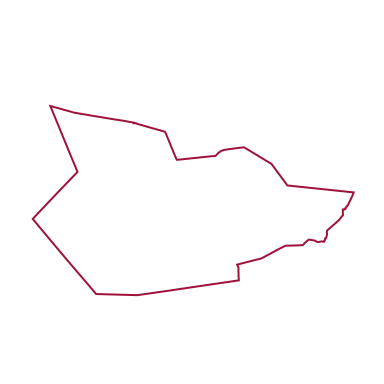 Tydal nor, Sør-Trøndelag, Norway, rotated 175°
{"feature_id": "86288312B83613644252663", "entity_name": "Tydal nor", "entity_type": "district", "adm_level": 2, "iso_a3": "NOR", "parent_name": "Norway", "parent_adm1": "Sør-Trøndelag", "projection": "natural_earth1", "projection_center": [11.479, 62.971], "detail": "fine", "context": "isolated", "style": "outline", "palette": "rose", "viewbox_px": 384, "rotation_deg": 175, "n_neighbors": 0, "source": "geoboundaries", "source_scale": "gbopen_adm2", "svg_char_len": 3111}
<svg xmlns="http://www.w3.org/2000/svg" viewBox="0 0 384 384"><g transform="rotate(175 192 192)"><path d="M296.4,98.7L255.4,94.0L229.4,95.4L204.3,96.9L178.5,98.4L153.0,99.9L153.0,101.3L153.0,103.1L152.9,104.6L152.7,107.1L152.7,108.6L152.5,110.1L152.3,112.5L152.6,113.7L153.4,115.7L147.0,116.8L135.4,118.7L128.8,119.7L127.6,120.2L122.8,122.3L120.4,123.3L116.3,125.1L113.2,126.4L110.4,127.6L106.7,129.1L103.9,130.3L103.3,130.3L94.3,129.8L93.0,129.7L86.3,129.4L84.8,130.7L83.9,131.6L83.6,131.8L83.4,131.9L82.8,132.3L81.6,133.2L81.4,133.3L80.5,133.9L79.6,134.4L75.8,133.4L75.6,133.4L74.6,133.1L73.5,132.7L73.3,132.5L73.1,132.4L72.9,132.2L72.6,131.9L72.4,131.8L72.1,131.7L71.5,131.4L70.9,131.2L70.4,131.1L70.1,131.1L69.9,131.1L69.6,131.2L69.4,131.3L69.2,131.3L68.1,131.4L67.6,131.5L67.4,131.5L67.1,131.5L66.2,131.1L65.9,131.1L65.7,131.0L65.2,131.0L64.8,131.0L64.7,131.0L64.6,131.3L64.6,131.5L64.6,131.8L64.4,131.9L64.4,132.0L64.1,132.3L64.0,132.5L63.9,132.6L63.8,132.8L63.7,132.8L63.6,133.0L63.6,133.3L63.5,133.5L63.4,133.6L63.3,133.8L63.3,134.0L63.2,134.1L63.0,134.3L63.0,134.5L62.9,134.5L62.6,134.6L62.3,134.6L61.7,136.4L61.4,137.5L61.2,138.0L61.1,138.5L61.2,139.2L61.2,139.8L61.2,140.3L61.1,140.6L61.0,141.0L60.9,141.4L60.7,141.9L60.2,142.3L59.3,142.9L58.3,143.6L57.9,144.0L55.5,145.7L54.7,146.3L53.9,146.9L53.0,147.5L52.5,147.9L52.2,148.1L51.5,148.6L50.8,149.1L50.3,149.6L50.1,149.8L49.9,149.9L49.3,150.2L48.5,150.9L47.8,151.6L47.1,152.1L46.9,152.4L46.6,152.7L45.4,154.0L43.6,155.8L43.6,158.2L43.3,160.3L43.4,160.6L43.4,160.8L43.3,161.0L43.3,161.3L43.2,161.4L43.2,161.5L42.9,161.5L42.6,161.5L42.4,161.4L42.2,161.4L41.9,161.4L41.7,161.4L41.6,161.5L41.4,161.4L41.3,161.5L41.1,161.5L40.9,161.7L40.8,161.8L40.7,161.8L40.5,162.0L40.4,162.1L40.5,162.2L40.5,162.3L40.6,162.5L40.4,162.8L40.2,163.0L39.9,163.2L39.8,163.3L39.7,163.5L39.4,163.8L39.2,163.9L39.0,164.0L38.8,164.2L38.7,164.3L38.7,164.6L38.5,164.9L38.3,165.0L38.0,165.1L37.9,165.3L37.7,165.5L34.0,171.8L32.2,174.9L32.1,175.1L31.0,177.5L64.4,184.0L96.4,190.2L110.4,213.1L122.1,221.6L136.1,231.9L138.5,231.9L141.2,231.9L143.1,231.8L147.7,231.6L151.3,231.4L154.7,231.2L155.7,231.2L156.3,231.1L156.8,231.0L157.6,230.9L159.2,230.4L159.7,230.1L160.4,229.8L161.1,229.4L161.9,228.9L163.6,227.5L165.4,225.9L170.8,225.9L182.9,225.7L184.8,225.6L187.5,225.6L190.3,225.6L192.5,225.5L195.8,225.5L198.9,225.4L204.3,225.4L204.6,226.0L205.3,228.2L206.3,231.1L207.1,233.7L208.1,237.0L209.2,240.4L210.4,244.5L211.7,248.5L213.5,254.3L215.6,255.1L229.3,260.3L241.0,264.8L241.1,265.0L241.3,265.0L241.5,265.1L241.8,265.2L241.8,265.3L242.0,265.3L242.3,265.4L242.4,265.5L242.5,265.5L242.8,265.6L242.7,265.6L242.8,265.6L242.7,265.6L242.8,265.7L243.1,265.6L243.3,265.6L243.2,265.7L243.2,265.8L243.7,266.1L248.2,267.3L253.9,268.9L263.4,271.2L280.4,275.6L285.7,276.9L289.2,277.9L292.8,278.8L302.5,281.3L303.2,281.6L308.5,283.6L312.3,285.0L318.4,287.4L320.8,288.2L323.5,289.3L325.6,290.0L310.3,240.9L304.3,222.0L312.0,215.3L324.7,204.2L336.8,193.5L353.0,179.1L346.6,169.8L336.5,155.3L326.7,141.3L312.9,121.9L303.3,108.5L296.4,98.7Z" fill="none" stroke="#9f1239" stroke-width="2"/></g></svg>